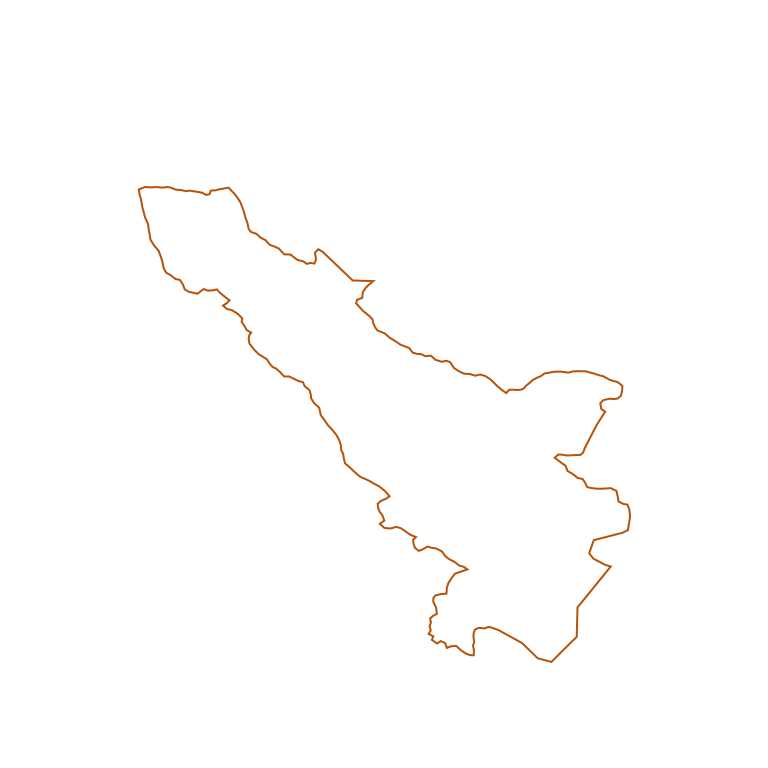 Ubaíra, Bahia, Brazil, rotated 132°
{"feature_id": "56859067B29513354992445", "entity_name": "Ubaíra", "entity_type": "district", "adm_level": 2, "iso_a3": "BRA", "parent_name": "Brazil", "parent_adm1": "Bahia", "projection": "equal_earth", "projection_center": [-39.677, -13.316], "detail": "fine", "context": "isolated", "style": "outline", "palette": "amber", "viewbox_px": 768, "rotation_deg": 132, "n_neighbors": 0, "source": "geoboundaries", "source_scale": "gbopen_adm2", "svg_char_len": 4033}
<svg xmlns="http://www.w3.org/2000/svg" viewBox="0 0 768 768"><g transform="rotate(132 384 384)"><path d="M367.9,93.4L370.4,98.6L371.5,103.0L373.7,111.4L372.5,118.3L359.6,123.6L334.8,107.1L329.2,104.9L324.8,108.0L319.1,111.5L315.9,114.5L312.9,118.0L310.8,122.4L312.9,125.8L314.4,131.1L311.8,134.2L307.9,139.8L309.8,146.0L313.4,149.4L316.7,152.7L319.7,156.2L322.4,160.0L324.7,164.0L322.8,168.4L321.7,172.9L324.2,177.1L324.6,183.3L325.8,189.4L323.3,194.2L324.0,200.7L324.6,207.8L319.9,207.3L317.0,204.0L315.1,200.7L311.8,197.2L308.1,193.6L305.2,190.5L301.8,190.1L297.6,191.8L272.4,198.5L256.6,201.1L257.2,205.7L253.6,210.4L249.3,210.2L244.4,206.9L241.1,202.9L238.6,200.7L234.5,200.0L229.8,202.4L225.9,205.6L226.2,211.5L229.9,219.1L231.4,226.0L233.6,230.1L236.0,235.5L239.8,242.9L245.7,249.5L248.8,252.5L252.0,254.4L256.8,261.3L261.4,266.1L265.2,268.9L268.8,271.8L273.0,272.6L276.8,274.4L281.7,276.2L286.0,276.6L290.3,277.3L293.7,277.1L296.6,278.4L299.6,281.3L301.8,284.2L304.5,287.1L309.0,287.1L309.5,292.5L309.8,298.6L309.4,304.0L309.4,308.9L310.3,314.0L312.6,318.9L316.7,321.7L319.1,326.7L322.8,331.5L324.3,336.6L325.3,342.6L323.5,349.5L325.0,353.2L328.9,356.0L331.6,362.1L331.6,368.2L335.7,371.9L336.9,376.3L339.2,379.1L341.5,383.5L340.5,389.3L342.2,394.0L343.7,397.9L344.4,403.1L345.8,410.8L345.9,417.3L348.6,424.8L347.7,428.8L345.9,432.8L343.7,435.7L343.3,440.1L343.7,448.3L342.7,458.8L339.4,460.3L334.6,457.8L330.3,461.0L325.5,461.9L322.2,461.9L314.7,460.8L328.0,476.5L326.8,517.6L327.8,523.0L332.6,523.2L336.9,517.9L341.0,516.3L343.4,519.9L346.3,521.6L347.0,526.3L349.7,531.4L350.1,535.8L350.3,540.0L354.4,544.9L353.7,552.8L355.4,558.0L357.1,562.3L356.4,568.1L357.8,573.8L357.7,579.2L360.0,584.4L359.3,588.4L355.9,592.9L352.8,598.7L349.0,604.7L345.2,612.0L343.7,617.1L342.7,622.7L342.1,630.9L345.7,633.6L349.3,636.6L352.8,638.8L356.2,642.2L359.6,640.7L362.5,642.7L363.5,647.1L366.5,652.0L370.6,658.1L373.2,660.1L375.7,664.6L379.0,668.9L380.5,673.5L382.6,676.8L386.1,679.9L390.2,685.2L394.2,689.2L397.4,693.4L403.4,696.4L406.7,692.4L409.7,687.7L413.8,682.6L417.1,677.5L420.2,672.8L423.0,666.4L426.5,662.4L429.8,658.1L433.1,653.9L434.9,647.5L435.8,640.6L439.8,633.1L442.3,629.3L445.3,625.4L447.0,620.4L445.9,615.1L445.5,609.3L443.2,605.3L444.7,599.8L447.0,595.5L446.1,590.7L443.9,586.9L441.7,583.0L437.4,582.2L434.1,581.6L432.5,577.3L429.0,574.0L425.5,571.4L426.0,567.0L425.7,560.6L425.2,554.8L428.8,554.9L433.5,556.1L433.3,551.0L430.8,546.0L429.7,539.4L430.1,533.1L433.1,531.4L434.1,527.0L435.8,522.1L434.7,517.1L437.8,516.8L440.7,515.1L444.0,511.0L445.4,503.6L445.7,496.8L444.8,492.5L444.0,487.2L445.4,482.5L445.9,478.1L444.7,474.3L444.7,469.3L445.2,463.2L442.0,459.7L440.4,454.4L438.9,449.2L436.9,445.6L438.7,441.4L438.4,435.2L441.1,431.0L443.5,428.6L445.0,422.8L445.0,416.3L449.5,410.1L450.8,403.2L452.1,398.6L452.6,392.4L453.6,385.9L455.4,380.4L458.2,375.3L461.7,371.7L463.3,367.5L465.8,364.6L469.0,360.0L468.9,353.5L469.1,344.0L468.8,339.1L467.0,334.0L465.6,329.3L464.8,325.1L463.3,318.9L462.9,311.5L463.7,304.8L467.8,305.7L472.8,308.0L477.3,308.6L480.0,305.4L481.8,302.0L482.6,297.5L485.3,292.4L490.7,293.6L490.7,287.4L487.6,283.1L484.9,281.1L482.0,279.3L480.0,275.3L479.2,270.0L478.6,264.4L476.4,257.8L480.2,258.2L482.8,255.3L485.1,251.3L484.7,246.4L480.0,244.2L475.7,242.9L474.1,239.5L471.3,235.1L469.6,228.8L470.9,223.6L470.7,219.1L469.0,212.4L468.6,206.9L466.5,202.3L466.0,198.0L477.4,204.3L482.1,204.0L485.7,203.4L489.1,202.9L493.4,200.9L498.0,197.3L502.2,201.3L507.0,204.4L510.2,204.0L512.9,201.6L515.4,195.5L519.5,190.9L523.5,192.4L527.3,192.9L529.9,189.5L533.4,188.2L535.8,184.4L539.8,183.6L538.5,178.6L542.1,177.2L541.3,170.9L537.1,169.8L535.7,165.3L538.0,160.7L534.0,158.6L530.3,155.1L530.4,148.4L529.5,142.7L528.1,138.9L525.6,135.8L521.8,138.9L518.7,142.9L515.4,144.3L511.9,148.5L508.4,151.1L505.5,152.0L501.9,150.5L498.4,145.8L494.1,143.4L492.6,139.8L490.3,134.5L484.2,108.2L484.5,97.9L485.0,86.3L478.5,73.6L460.4,72.7L442.9,71.6L420.6,90.7L367.9,93.4Z" fill="none" stroke="#b45309" stroke-width="2"/></g></svg>